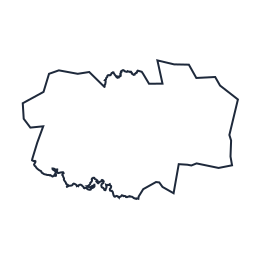 Chandmani-O'ndor, Hövsgöl, Mongolia (orthographic projection), rotated 275°
{"feature_id": "93677404B22883692380177", "entity_name": "Chandmani-O'ndor", "entity_type": "district", "adm_level": 2, "iso_a3": "MNG", "parent_name": "Mongolia", "parent_adm1": "Hövsgöl", "projection": "orthographic", "projection_center": [100.637, 50.505], "detail": "fine", "context": "isolated", "style": "outline", "palette": "slate", "viewbox_px": 256, "rotation_deg": 275, "n_neighbors": 0, "source": "geoboundaries", "source_scale": "gbopen_adm2", "svg_char_len": 5408}
<svg xmlns="http://www.w3.org/2000/svg" viewBox="0 0 256 256"><g transform="rotate(275 128 128)"><path d="M99.9,234.9L108.5,232.6L124.5,231.8L129.9,229.6L166.0,235.0L178.3,216.0L186.4,210.4L183.8,191.7L196.4,183.1L195.4,168.4L197.9,151.4L175.2,158.5L173.9,145.1L183.2,138.4L185.2,136.8L186.0,132.7L185.5,132.3L185.2,132.5L185.0,132.4L184.2,131.7L183.9,131.9L183.6,131.7L183.4,130.9L182.9,130.7L182.5,130.0L181.7,129.9L181.4,128.9L182.2,127.8L182.3,127.4L182.5,127.1L183.4,127.0L184.0,126.2L184.3,126.1L184.3,125.9L183.9,125.8L183.8,125.3L183.9,125.1L184.3,124.8L184.3,124.7L184.2,123.8L184.6,122.7L183.9,122.2L183.8,121.8L183.9,121.4L183.9,121.1L184.1,120.8L184.2,119.8L184.6,119.3L184.8,119.2L184.9,118.7L185.1,118.5L185.2,118.4L185.1,117.7L184.7,117.3L184.6,117.0L184.4,116.8L184.3,116.5L184.2,116.4L183.7,116.6L182.7,116.5L182.4,116.2L182.5,116.0L182.1,116.0L181.5,115.6L181.1,115.6L180.9,115.9L180.7,116.1L180.4,116.1L180.0,115.9L179.8,115.9L179.5,116.2L179.3,116.2L179.1,116.0L179.1,115.5L178.8,114.9L178.3,114.9L178.2,114.5L177.6,114.4L177.6,114.2L178.0,113.7L177.3,113.6L177.1,113.4L177.1,113.1L177.6,112.3L178.0,112.0L178.1,111.8L178.7,111.7L178.8,111.5L178.8,111.2L179.5,110.7L179.8,110.2L180.2,109.9L180.9,109.5L181.6,108.7L182.1,108.7L182.2,108.4L182.2,108.1L181.9,107.8L181.5,107.6L181.4,107.0L181.3,106.9L180.8,106.8L180.2,106.5L179.8,106.1L179.6,106.2L179.1,106.0L179.0,105.7L179.0,105.2L178.8,104.7L179.0,104.3L179.0,104.0L178.7,103.3L178.2,102.9L177.1,102.9L176.8,102.7L176.5,102.3L175.9,101.9L175.2,101.9L174.9,101.8L174.4,101.8L174.0,101.4L173.9,101.0L173.6,100.8L173.5,101.2L173.1,101.5L172.9,101.6L172.0,101.7L169.6,101.5L169.2,101.1L168.9,101.0L168.2,101.1L167.1,101.1L166.9,101.0L166.9,100.9L180.4,84.5L177.6,73.2L179.4,54.1L175.1,44.6L156.6,40.7L143.5,21.0L128.1,23.3L119.9,30.7L122.3,43.4L105.6,38.9L89.1,35.4L87.5,35.2L87.4,35.3L87.2,36.1L86.8,36.6L86.8,37.1L87.1,38.2L87.0,38.4L86.8,38.7L86.4,38.7L85.9,38.7L83.5,37.6L82.5,38.1L82.0,38.6L81.7,39.2L80.5,40.1L79.5,41.2L78.3,43.1L77.7,44.4L77.6,44.8L77.4,45.2L76.8,45.6L76.3,45.7L75.6,46.6L75.5,47.2L75.0,47.8L74.8,48.3L74.5,49.7L74.5,50.5L74.2,51.3L74.2,52.2L74.3,53.0L74.3,53.3L74.0,54.0L74.3,54.5L74.3,54.9L73.9,55.2L73.7,56.0L73.1,56.9L73.1,57.1L73.4,57.5L73.6,58.1L74.1,58.7L74.0,60.2L74.2,60.4L74.5,60.4L75.1,60.4L75.5,60.2L75.6,59.2L76.8,59.9L77.4,59.8L78.1,59.5L79.0,58.8L79.8,57.2L80.3,56.5L80.9,56.3L81.1,56.3L81.1,56.5L81.1,56.8L81.1,57.4L80.9,58.2L80.3,59.3L80.2,59.7L80.2,60.0L80.2,60.3L80.6,60.9L80.6,61.1L80.1,61.2L79.5,60.7L79.0,60.8L77.3,61.8L77.0,62.2L77.1,62.8L77.6,64.1L77.9,65.0L78.2,66.6L78.3,67.1L78.2,67.3L77.8,67.6L77.3,67.8L76.3,66.8L76.1,66.7L75.5,66.6L74.6,67.4L73.2,68.0L72.4,68.6L71.9,68.7L71.1,68.6L70.6,68.8L69.0,70.1L68.5,70.6L67.8,71.0L67.2,71.1L66.9,71.4L66.7,71.6L66.3,72.7L66.1,73.0L65.7,72.9L64.5,72.3L64.3,72.2L64.1,72.3L64.2,72.6L64.9,73.5L65.2,74.1L65.4,74.7L65.6,76.2L66.0,77.2L66.5,77.7L67.4,78.1L67.5,78.3L67.9,78.9L67.3,80.6L66.8,81.4L66.3,81.8L65.6,82.1L66.1,83.0L66.1,83.3L65.9,83.6L66.6,83.8L67.1,84.5L67.2,84.8L67.4,85.6L67.4,85.8L66.8,87.1L66.3,87.5L65.5,88.6L64.9,89.2L64.4,89.3L64.2,89.7L64.2,90.0L64.5,90.3L64.7,91.0L64.6,91.3L64.6,91.9L64.5,92.1L63.9,92.5L63.3,93.6L63.1,95.0L63.2,95.7L63.3,95.9L63.4,96.2L63.6,96.3L64.1,96.3L64.5,96.6L64.9,97.2L65.6,98.6L66.0,99.1L66.5,99.5L67.0,99.7L67.3,99.7L69.1,99.4L69.4,99.3L68.6,99.3L68.0,99.5L67.5,99.4L67.4,99.1L67.4,98.1L67.3,97.9L67.1,97.3L66.2,96.5L66.0,96.0L65.7,95.1L65.7,94.4L65.8,93.9L66.1,93.0L66.5,92.3L66.7,93.1L67.0,93.5L68.0,94.5L68.8,95.1L69.3,95.3L70.1,95.2L71.4,96.4L71.8,96.6L73.1,96.7L73.8,96.3L74.6,96.6L75.1,97.4L75.4,97.7L75.4,98.8L74.6,99.2L74.3,99.5L74.0,100.4L73.6,101.2L73.0,102.1L72.1,102.6L71.6,102.5L71.4,102.4L71.8,101.8L71.9,101.5L72.1,101.4L71.9,101.2L71.1,102.0L70.7,102.5L70.4,102.8L70.3,103.1L70.5,103.3L71.6,104.2L72.0,104.8L72.4,105.5L72.5,106.1L72.6,106.4L73.4,106.5L73.8,106.4L74.0,106.6L74.0,106.8L73.8,107.0L73.7,107.5L73.5,107.9L72.6,108.5L71.9,108.3L71.2,108.2L70.8,107.9L69.8,106.7L68.6,106.4L68.1,106.5L66.9,106.9L66.5,107.4L66.2,108.5L66.0,108.8L65.2,109.4L64.3,109.8L64.1,110.2L64.1,110.9L64.5,111.1L65.7,111.2L66.7,111.7L68.5,111.8L68.6,111.7L68.4,111.4L69.0,111.2L69.4,111.1L69.3,111.3L68.8,111.5L69.2,111.8L69.5,112.1L69.5,113.0L69.5,113.5L69.5,114.1L69.6,114.5L70.2,114.4L70.4,114.5L70.5,114.7L70.2,114.8L70.0,114.7L69.6,114.8L68.7,116.2L68.4,116.3L67.4,116.3L66.8,116.1L66.5,115.9L66.1,115.4L65.3,115.2L64.3,115.5L64.1,115.6L64.0,116.7L63.8,116.9L64.0,117.4L63.9,117.5L63.2,118.2L62.9,118.4L60.8,119.1L59.5,119.6L59.1,119.9L58.5,120.4L58.4,120.8L58.4,121.0L58.5,121.1L58.6,120.9L58.8,121.1L58.9,121.7L59.3,122.3L59.2,122.9L59.2,123.3L59.0,123.7L58.2,124.5L58.4,124.8L58.2,125.0L58.6,125.0L58.5,125.5L58.7,126.0L58.9,126.5L59.8,127.3L60.0,127.6L60.4,127.7L60.4,127.9L60.3,128.2L60.3,128.7L60.2,128.9L59.9,129.1L59.7,129.4L59.9,130.0L59.9,130.3L60.0,130.5L60.0,130.8L59.8,131.6L59.1,132.0L59.2,132.4L59.0,132.9L59.1,133.2L59.4,133.6L59.5,134.1L59.9,134.6L59.9,135.3L60.1,135.5L59.9,135.7L59.8,135.9L60.0,136.1L60.1,136.5L59.9,137.0L59.8,138.2L59.3,138.9L59.1,139.5L58.7,139.8L58.7,140.2L58.4,140.8L58.2,141.9L58.6,142.2L58.6,142.4L58.2,142.3L58.1,142.5L58.3,142.8L58.6,142.9L58.6,143.5L58.4,144.5L60.7,144.6L68.4,148.5L76.6,160.6L76.5,163.9L72.3,167.5L67.0,179.1L96.4,181.7L96.6,190.4L96.2,194.4L98.7,199.4L96.1,221.7L99.9,234.9Z" fill="none" stroke="#1e293b" stroke-width="2"/></g></svg>